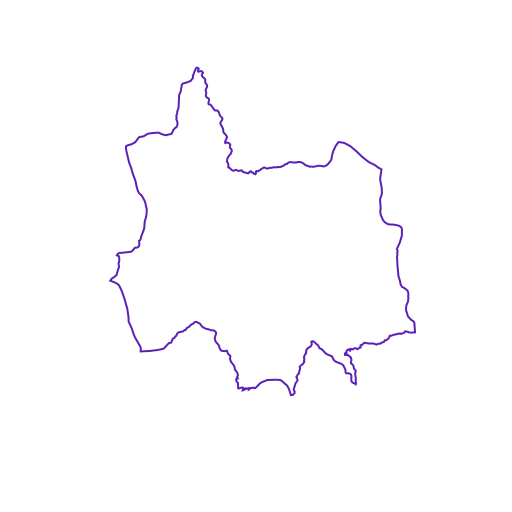 outline of Páez, Boyacá, Colombia, rotated 311°
{"feature_id": "7082276B49287929101879", "entity_name": "Páez", "entity_type": "district", "adm_level": 2, "iso_a3": "COL", "parent_name": "Colombia", "parent_adm1": "Boyacá", "projection": "mercator", "projection_center": [-73.017, 5.095], "detail": "fine", "context": "isolated", "style": "outline", "palette": "violet", "viewbox_px": 512, "rotation_deg": 311, "n_neighbors": 0, "source": "geoboundaries", "source_scale": "gbopen_adm2", "svg_char_len": 6116}
<svg xmlns="http://www.w3.org/2000/svg" viewBox="0 0 512 512"><g transform="rotate(311 256 256)"><path d="M108.3,231.5L114.3,237.8L120.7,243.6L125.0,246.8L126.7,247.2L133.1,247.4L135.0,248.8L138.9,247.5L139.7,247.6L140.6,248.1L142.4,247.9L143.2,248.2L146.0,247.4L147.0,247.5L148.4,248.2L151.0,250.3L153.2,250.7L153.9,251.4L156.6,251.1L158.4,251.9L161.6,252.1L162.3,252.2L163.1,252.9L165.4,253.0L167.1,254.0L168.1,258.1L167.4,261.6L167.7,264.0L168.4,266.4L169.8,268.7L170.2,270.3L172.3,273.3L172.1,275.9L171.4,276.7L166.9,278.7L165.4,280.7L164.6,283.2L164.4,285.9L162.2,289.8L161.8,291.7L162.1,292.6L163.4,294.5L164.1,295.2L164.9,295.5L165.4,296.4L163.8,299.1L163.7,299.7L163.9,301.6L163.2,302.8L161.3,303.8L159.7,306.7L158.9,310.9L158.3,312.4L156.5,314.5L155.7,318.2L154.8,319.8L153.8,320.9L151.8,321.2L151.6,322.6L150.4,322.0L149.5,322.2L148.5,323.8L148.3,325.8L144.7,329.0L144.5,329.5L144.8,330.0L147.2,331.4L148.1,332.6L147.9,333.1L145.9,334.1L147.9,335.2L148.9,334.8L149.4,335.0L149.7,336.4L150.5,336.4L151.9,337.6L151.8,337.9L151.0,338.3L152.8,338.7L155.1,340.6L155.2,341.5L155.8,342.0L156.9,342.3L162.7,342.6L165.3,343.6L169.3,345.6L170.3,346.4L176.3,352.9L178.6,356.2L178.6,364.6L177.2,368.3L173.9,373.6L175.4,375.0L177.7,375.1L179.0,374.2L179.6,372.5L180.2,371.9L185.7,369.4L189.3,369.0L190.2,368.1L191.0,366.0L191.3,365.8L192.0,365.9L192.8,365.5L194.5,365.2L195.4,365.5L197.5,364.2L199.4,363.5L200.2,362.9L201.0,361.7L202.4,361.6L204.7,362.2L207.9,361.9L208.4,360.9L210.0,360.1L211.0,358.6L213.7,357.6L215.6,357.6L216.1,356.8L217.2,356.4L218.0,355.7L220.2,355.5L223.2,356.5L224.8,356.5L226.1,355.9L227.7,354.0L229.1,354.9L229.3,356.0L229.2,361.7L228.2,364.3L228.2,365.2L228.8,366.8L228.2,372.2L228.6,374.7L230.1,379.0L228.6,383.0L228.4,384.3L229.0,386.8L230.5,390.8L230.8,393.4L229.0,397.8L226.7,400.3L226.9,401.5L227.8,402.2L228.8,404.1L228.8,405.6L227.9,407.0L226.2,408.1L224.0,410.3L223.8,411.6L224.1,413.1L224.7,414.5L224.6,415.4L225.6,415.0L226.2,414.1L226.7,413.8L227.4,412.9L229.2,411.5L232.4,407.8L234.5,406.9L234.9,406.2L235.4,403.6L236.9,401.8L237.3,400.7L237.4,397.8L240.2,396.2L241.5,394.4L241.7,392.7L241.5,391.3L241.6,390.2L239.7,388.1L240.2,387.4L241.4,387.1L242.0,388.0L242.3,387.9L243.4,386.8L244.3,386.5L246.6,387.3L246.8,387.6L246.1,388.8L246.3,389.2L248.1,388.5L249.1,390.4L250.3,390.6L251.0,391.0L251.9,391.9L252.2,393.7L252.6,393.9L254.1,394.1L255.7,395.0L256.3,394.0L257.2,393.5L258.7,394.4L261.2,394.5L261.9,395.1L264.4,399.2L266.6,401.4L268.3,405.1L269.7,405.7L271.7,407.5L273.3,407.7L274.6,408.8L275.6,408.9L276.9,408.5L278.0,409.6L280.0,410.0L281.9,410.0L283.6,409.3L284.4,410.3L287.0,411.6L287.8,412.5L290.1,413.8L290.4,414.5L292.1,415.4L292.2,416.4L292.7,416.8L295.2,418.1L296.0,418.2L296.8,417.9L297.9,419.4L299.3,422.7L302.7,426.1L309.5,419.3L310.1,417.4L309.6,415.3L310.1,410.4L313.4,405.0L315.5,403.1L317.8,401.7L320.9,400.8L323.9,398.9L325.4,397.3L327.0,396.2L328.4,394.7L329.2,393.1L329.3,391.7L329.0,388.4L328.5,386.3L328.8,385.4L329.9,383.1L331.2,381.6L334.4,376.6L341.3,369.3L348.1,362.8L349.7,362.0L351.0,360.5L352.2,360.0L353.0,359.1L353.7,357.7L360.0,355.9L367.0,352.8L372.2,348.3L373.0,346.6L372.8,344.7L372.3,343.3L369.8,339.0L367.3,335.9L366.5,334.4L366.0,331.5L366.3,328.6L368.8,323.3L370.4,321.3L372.4,319.5L373.3,319.3L379.7,312.9L381.1,311.9L383.9,311.0L386.2,309.7L389.9,306.2L394.4,300.4L396.3,298.6L403.7,293.9L402.9,290.1L402.6,285.8L401.2,280.9L400.8,278.1L400.5,270.9L400.9,263.3L400.8,255.3L399.3,248.6L397.1,244.9L395.9,243.5L391.4,243.9L385.9,245.5L382.0,247.3L378.7,249.4L377.0,249.9L372.6,250.0L370.8,249.8L368.7,248.9L367.8,248.1L366.4,245.6L364.6,243.4L364.0,243.2L360.7,240.5L359.7,238.9L358.5,237.8L358.0,235.8L357.1,234.2L356.9,230.8L356.3,228.3L354.3,225.8L352.9,225.0L351.7,223.6L349.2,220.1L347.4,219.0L346.0,219.1L344.6,218.0L342.0,217.4L338.9,215.9L337.8,214.4L336.5,213.5L334.6,211.2L332.7,209.8L331.4,208.5L329.2,207.0L328.2,204.1L325.0,202.8L323.4,202.7L321.8,201.9L321.2,202.0L320.4,200.6L319.6,200.6L318.0,201.9L317.3,201.9L317.2,201.0L316.6,200.4L317.0,198.9L316.3,197.8L316.4,196.3L315.8,196.0L313.4,196.0L313.0,195.6L310.8,190.9L311.3,189.5L311.2,188.9L308.8,187.2L307.8,184.2L305.7,183.3L305.2,182.4L305.0,180.5L305.2,178.0L304.6,176.9L306.2,175.9L307.6,174.0L308.3,172.0L311.1,170.3L314.5,169.8L316.4,169.9L319.5,168.8L320.4,167.5L320.6,165.3L321.0,164.8L323.1,163.6L323.5,162.3L322.9,160.0L322.1,159.2L321.1,158.8L321.3,158.2L322.5,157.5L326.1,156.4L326.8,156.0L327.5,154.4L328.0,150.3L330.4,147.7L332.3,142.7L332.9,141.9L333.9,141.5L336.9,141.1L337.9,140.2L338.4,136.6L340.1,133.5L340.6,131.6L339.1,129.8L338.9,129.1L340.3,123.1L340.2,122.1L339.5,120.7L340.1,119.8L342.6,118.4L343.5,117.6L343.7,116.9L343.4,114.3L344.0,113.0L346.3,111.6L348.1,109.2L349.9,108.5L351.4,108.2L352.8,107.1L353.6,103.9L355.6,102.2L356.2,101.1L356.1,98.6L356.7,96.6L357.9,95.9L359.5,95.9L359.7,95.6L359.9,94.4L359.7,93.4L357.2,91.5L357.5,90.7L358.4,90.3L359.2,90.2L359.8,89.8L359.6,88.1L358.8,87.5L355.5,88.3L351.7,89.9L350.8,89.9L349.2,91.5L348.5,91.8L347.4,91.6L345.5,91.9L341.9,90.1L338.2,87.7L336.8,87.6L330.7,91.2L327.1,92.4L317.2,100.2L313.1,101.9L311.8,103.1L309.6,103.8L308.3,105.4L307.1,106.0L305.1,109.4L303.0,110.9L300.8,111.4L299.3,110.9L297.2,110.9L292.7,112.1L288.0,108.7L286.3,105.4L285.1,101.4L280.9,97.2L277.2,94.1L273.0,92.8L271.1,91.6L269.9,90.3L268.7,89.8L262.6,90.2L258.3,88.6L255.8,86.7L253.5,85.9L251.1,88.1L243.2,99.0L240.5,104.2L237.7,108.3L233.7,115.6L230.2,120.2L227.7,124.0L226.7,126.5L226.6,130.2L224.9,135.0L223.5,137.6L219.5,143.0L215.4,146.2L212.3,148.0L209.8,148.9L206.0,151.6L204.8,152.7L202.0,154.2L195.4,156.6L192.7,158.0L191.9,158.1L190.8,157.8L187.9,160.6L186.3,161.3L184.0,160.5L182.8,159.2L178.3,159.3L177.0,158.7L170.1,152.4L168.7,150.8L166.7,150.3L165.2,150.6L165.9,152.5L165.0,153.9L162.6,156.0L159.9,157.4L158.0,159.8L154.6,161.1L150.1,163.2L147.1,162.8L144.5,162.0L141.8,162.2L143.6,167.5L144.2,170.8L143.6,172.9L141.3,178.1L136.8,185.8L131.5,193.8L126.1,200.0L122.9,203.0L120.2,209.0L116.5,215.4L115.1,218.3L111.7,228.3L110.5,229.9L108.3,231.5Z" fill="none" stroke="#5b21b6" stroke-width="2"/></g></svg>